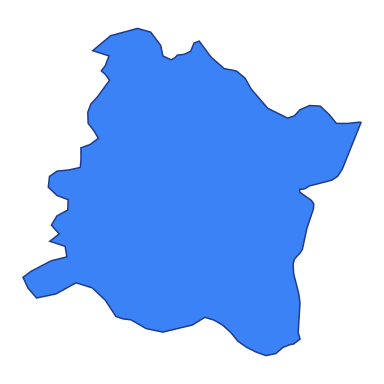 map outline of Varna (Equal Earth projection)
{"feature_id": "BGR-2260", "entity_name": "Varna", "entity_type": "Province", "adm_level": 1, "iso_a3": "BGR", "parent_name": "Bulgaria", "parent_adm1": "", "projection": "equal_earth", "projection_center": [27.58, 43.197], "detail": "fine", "context": "isolated", "style": "filled", "palette": "blue", "viewbox_px": 384, "rotation_deg": 0, "n_neighbors": 0, "source": "natural_earth", "source_scale": "10m", "svg_char_len": 1360}
<svg xmlns="http://www.w3.org/2000/svg" viewBox="0 0 384 384"><path d="M361.0,122.5L342.4,168.9L337.9,176.0L332.0,180.1L309.2,186.0L305.4,188.5L303.1,189.2L299.8,189.2L299.8,192.2L311.5,200.5L313.8,203.9L313.4,209.0L307.0,228.0L302.4,249.2L300.0,253.2L297.1,256.1L294.5,259.2L293.1,264.1L293.7,273.9L298.8,293.9L300.0,302.9L298.2,332.6L300.1,339.1L293.4,344.1L291.0,344.3L282.9,347.4L275.8,353.6L265.8,355.6L256.0,352.0L246.6,347.3L237.9,341.2L230.7,332.4L222.6,325.1L214.0,320.1L204.9,317.3L192.3,325.0L162.8,332.1L146.2,328.6L130.9,319.8L123.1,318.9L115.9,316.5L105.4,300.3L92.3,287.9L76.0,282.8L56.0,293.9L36.6,298.0L28.0,288.1L23.0,277.3L30.9,271.4L51.1,260.8L66.9,256.9L65.1,246.3L49.8,241.3L59.2,233.9L51.4,225.2L57.0,215.8L67.8,210.0L68.1,199.7L57.0,195.5L48.3,187.2L49.5,176.4L57.1,171.1L68.8,170.0L80.3,167.4L81.0,158.8L80.9,147.8L90.1,144.5L98.4,138.3L93.9,130.8L88.1,123.2L87.8,112.2L90.9,104.0L97.6,96.7L109.5,80.3L105.3,74.3L101.3,70.9L105.3,65.7L109.0,55.9L92.7,50.7L110.6,35.7L137.5,28.4L150.7,32.1L160.7,45.4L162.9,55.9L171.2,59.8L174.8,57.8L177.4,55.1L184.2,54.3L190.6,51.3L194.1,43.0L199.2,41.1L210.8,56.8L224.1,68.6L236.5,71.0L245.1,78.2L251.2,89.1L267.8,108.3L287.6,118.1L294.4,115.8L299.9,109.8L309.7,105.5L320.3,106.1L329.5,114.9L336.4,123.4L348.2,123.4L359.9,122.1L361.0,122.5Z" fill="#3b82f6" stroke="#1e3a8a" stroke-width="1.5"/></svg>